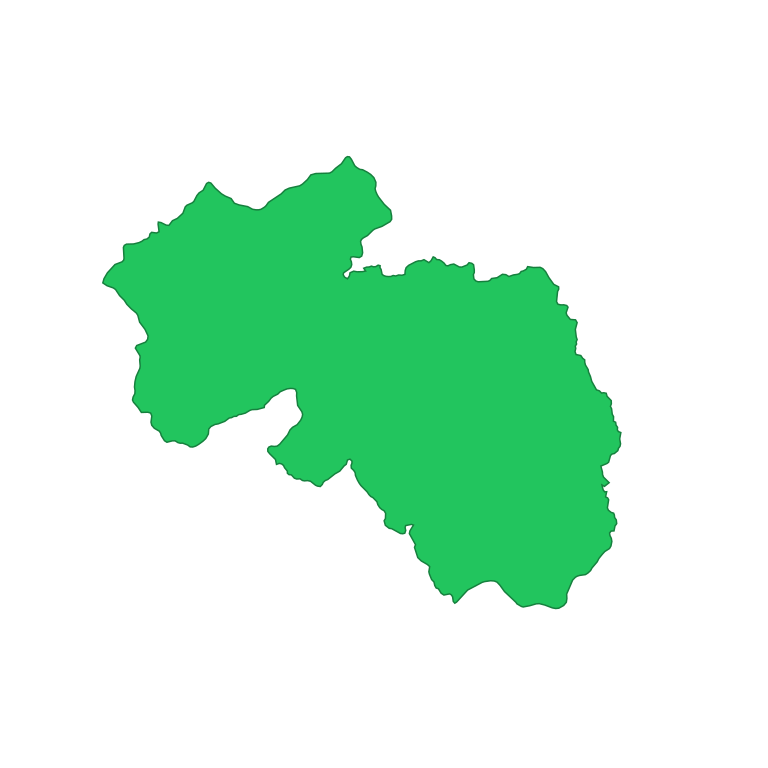 Lassance, Minas Gerais, Brazil, rotated 224°
{"feature_id": "56859067B47117401129154", "entity_name": "Lassance", "entity_type": "district", "adm_level": 2, "iso_a3": "BRA", "parent_name": "Brazil", "parent_adm1": "Minas Gerais", "projection": "albers", "projection_center": [-44.677, -17.876], "detail": "fine", "context": "isolated", "style": "filled", "palette": "green", "viewbox_px": 768, "rotation_deg": 224, "n_neighbors": 0, "source": "geoboundaries", "source_scale": "gbopen_adm2", "svg_char_len": 6171}
<svg xmlns="http://www.w3.org/2000/svg" viewBox="0 0 768 768"><g transform="rotate(224 384 384)"><path d="M581.9,483.6L581.1,477.9L581.5,471.2L582.3,468.0L588.2,459.1L589.9,454.8L590.0,449.4L593.3,434.4L592.7,430.5L592.8,428.3L593.8,424.3L595.1,422.3L596.9,420.5L599.9,418.4L605.3,416.9L612.7,412.1L617.2,410.1L622.8,411.2L628.7,408.9L633.1,407.9L641.5,407.6L648.1,408.3L650.2,407.3L650.9,405.0L648.7,397.7L649.8,393.0L649.5,389.6L647.6,383.2L647.8,381.1L650.0,375.6L650.0,373.3L647.3,367.2L647.7,359.6L649.6,354.5L648.9,348.7L651.0,347.0L656.6,345.2L658.8,343.7L657.6,342.1L651.6,337.3L652.5,334.6L656.5,331.7L656.6,329.4L654.9,326.6L655.3,323.5L656.9,321.2L657.3,318.5L658.4,315.6L661.4,310.8L666.4,305.7L667.1,303.3L666.3,301.2L658.4,293.9L657.3,292.3L657.3,289.9L660.5,283.1L660.2,271.9L658.6,265.3L656.5,261.4L651.5,262.3L645.4,265.1L642.7,265.5L635.6,263.9L629.0,263.8L624.4,262.7L617.8,262.5L611.5,263.0L608.8,262.4L602.7,258.7L593.9,257.3L587.1,254.7L585.1,252.0L584.6,248.5L588.6,239.9L587.8,237.1L579.1,234.8L577.7,233.5L576.6,231.7L571.9,227.6L570.5,225.7L567.5,217.3L564.8,212.8L561.4,208.5L558.6,206.4L556.5,204.0L555.4,200.3L553.8,197.8L551.6,196.9L544.6,196.3L538.8,195.0L534.3,199.6L531.7,201.0L528.8,199.7L525.1,194.7L522.4,193.0L518.5,192.6L512.8,194.0L510.4,193.4L508.5,192.2L502.5,190.7L499.7,191.3L496.8,196.0L494.8,198.0L491.5,198.7L489.4,199.9L487.9,201.5L482.9,203.7L479.8,204.1L477.8,205.8L476.3,208.6L475.4,211.9L474.5,217.0L474.3,220.9L475.6,226.0L478.8,229.9L479.0,233.1L477.5,237.5L475.6,240.1L472.6,246.5L471.7,252.1L470.3,253.9L469.5,256.4L467.7,258.3L467.3,261.0L465.7,263.0L463.5,266.8L462.1,272.0L461.1,273.9L457.5,277.7L453.8,283.9L455.2,285.7L454.9,291.4L455.4,295.3L455.1,298.1L453.4,302.9L453.3,306.3L451.9,309.8L450.4,313.1L448.2,315.9L446.1,317.7L443.9,318.7L440.8,317.2L438.6,314.7L431.2,308.6L423.8,307.0L421.4,305.6L419.9,303.3L418.8,300.1L418.2,294.4L419.7,289.3L419.7,285.7L418.0,280.4L417.2,268.4L417.7,265.1L419.5,262.9L422.0,261.0L423.0,258.7L422.6,256.6L420.7,254.8L417.7,254.4L409.6,254.3L405.5,251.5L404.2,254.1L402.2,255.4L399.6,255.6L397.4,254.7L393.1,254.2L391.5,252.7L389.4,252.8L387.5,254.3L383.1,254.0L380.8,255.0L378.5,257.5L375.7,257.9L373.9,259.1L371.9,261.4L369.3,263.0L363.0,263.6L361.0,264.3L358.6,266.0L358.6,268.9L359.4,271.1L359.2,273.8L358.1,276.2L356.9,285.2L355.3,290.6L355.8,297.4L355.4,300.0L357.5,304.0L356.3,306.3L353.5,306.3L352.0,304.7L351.2,302.7L349.1,300.8L345.8,300.8L343.2,300.2L341.0,298.4L336.5,296.5L332.8,295.4L330.0,294.9L321.3,294.7L318.0,294.0L315.4,293.9L313.0,294.6L307.3,294.4L304.6,292.9L301.2,292.1L298.5,292.2L295.8,292.9L293.0,292.1L289.5,288.2L288.9,285.7L284.9,283.3L280.0,283.8L277.9,285.3L268.3,287.9L266.5,289.3L265.4,291.1L266.6,293.7L269.1,295.4L270.1,297.2L266.7,302.1L264.8,303.0L263.3,296.3L261.8,294.0L249.7,290.3L248.6,287.7L239.1,282.6L234.3,282.6L227.4,284.3L224.3,284.4L221.3,280.1L219.3,278.8L213.9,276.4L210.5,276.3L207.5,274.3L204.8,273.5L202.6,274.5L197.6,273.2L194.3,273.8L191.0,278.6L189.1,279.1L186.9,278.6L183.1,275.7L180.8,275.5L180.3,277.5L180.7,293.9L175.6,309.5L174.4,311.7L170.6,316.6L167.8,318.9L165.1,320.0L160.9,319.8L153.1,318.4L137.5,318.6L135.7,318.2L130.7,319.4L129.0,320.3L125.1,325.8L121.8,331.6L119.7,333.9L114.8,336.7L107.4,339.9L104.5,341.8L102.5,344.2L100.9,349.5L101.2,353.6L103.4,356.7L106.7,359.8L112.1,374.0L112.1,377.9L111.5,380.0L110.3,382.2L106.7,386.8L106.0,389.7L105.8,393.3L106.6,396.2L107.1,404.1L108.2,407.7L108.7,413.0L108.8,416.9L107.5,422.3L108.2,425.1L110.7,429.0L113.3,430.9L116.3,432.0L118.3,433.6L118.4,436.0L116.5,438.1L119.2,442.3L119.6,445.2L122.5,447.6L125.4,448.2L127.3,449.8L129.1,450.6L131.5,449.4L135.0,449.1L137.3,450.1L142.0,456.8L144.0,457.4L146.2,456.7L149.0,461.2L150.3,459.7L152.9,460.1L157.1,462.8L154.3,463.5L153.5,469.4L161.3,469.5L163.9,470.7L165.7,472.4L171.0,475.6L168.4,481.7L168.1,483.8L171.4,489.9L171.3,492.1L170.0,494.0L169.5,498.5L170.7,500.7L170.9,503.0L172.3,505.3L176.3,508.2L179.9,513.6L182.3,512.6L184.2,513.0L185.9,515.1L188.5,515.6L190.8,517.4L193.1,516.6L196.2,520.0L198.8,520.8L203.1,524.3L205.6,525.2L206.7,527.7L209.0,529.9L215.0,530.1L217.7,531.7L219.8,530.4L221.3,528.6L224.3,528.7L227.1,527.4L236.4,530.2L240.7,532.8L245.2,534.7L247.2,536.2L252.3,537.6L254.7,539.1L256.4,540.8L258.9,540.5L262.2,541.2L266.3,538.6L269.1,540.0L270.8,542.8L272.7,544.1L273.2,546.5L275.0,547.7L275.9,550.1L278.4,551.4L284.3,556.2L287.7,562.3L290.8,563.2L294.8,559.9L300.1,560.5L302.4,561.7L305.0,567.1L307.1,567.4L309.6,565.9L311.8,563.7L314.3,562.2L317.1,563.1L323.4,571.1L324.2,573.6L325.9,575.2L331.1,573.6L339.4,575.1L345.9,577.1L349.9,577.3L352.7,576.4L357.3,571.7L362.2,568.2L361.3,565.5L362.3,562.2L363.5,560.2L363.2,557.5L364.1,555.7L366.7,552.3L368.8,548.1L372.3,547.3L375.0,545.2L376.5,539.0L379.9,534.6L379.7,532.6L380.4,530.3L387.3,522.9L389.6,521.9L392.4,522.1L395.7,524.8L396.5,526.9L398.3,528.8L402.4,532.0L404.7,531.8L407.1,530.3L406.9,527.3L409.2,522.2L411.1,520.5L417.1,518.8L419.1,516.0L420.1,513.4L421.9,512.2L424.6,512.7L428.0,512.4L430.5,511.8L432.6,510.1L435.1,510.3L436.9,509.6L435.8,505.4L436.0,502.5L441.6,501.2L442.8,498.5L444.9,496.3L446.2,493.9L448.7,486.5L448.9,483.1L447.6,480.4L445.1,477.4L446.6,474.7L449.2,472.6L450.6,469.8L452.8,468.4L453.7,466.2L455.4,464.4L457.4,462.8L459.5,461.8L461.6,461.6L465.7,464.4L467.7,464.9L469.0,466.4L470.8,465.4L471.4,462.8L472.8,461.1L475.0,460.0L475.9,457.9L477.7,456.0L479.0,453.2L475.7,452.5L477.5,449.9L481.2,446.1L484.2,444.1L485.7,440.4L483.9,437.6L483.4,434.3L486.7,433.5L489.3,434.3L490.3,435.9L489.0,442.3L488.9,444.9L490.1,447.4L492.3,449.2L494.9,450.4L495.9,452.4L494.4,454.3L489.6,457.8L488.9,460.5L490.5,463.5L495.0,467.3L497.6,468.5L499.9,470.3L500.6,472.3L500.4,474.7L499.0,479.3L498.8,486.9L498.4,489.0L494.9,496.2L492.4,505.0L492.9,507.8L495.3,510.2L500.0,513.5L508.7,513.4L517.8,514.7L520.6,515.5L523.7,516.8L526.1,518.3L527.5,520.8L530.0,523.5L534.6,525.4L539.1,525.5L543.0,524.8L548.2,523.3L550.5,521.6L554.0,520.8L556.7,520.7L563.6,523.0L566.6,523.4L568.3,522.1L568.8,520.0L567.6,512.9L568.7,505.5L568.8,500.6L569.7,497.8L579.3,488.0L581.9,483.6Z" fill="#22c55e" stroke="#15803d" stroke-width="1.5"/></g></svg>